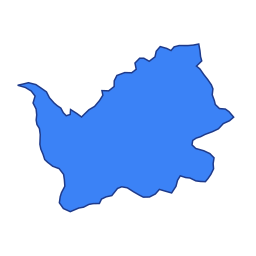 the district of Monte Alegre do Sul, São Paulo, Brazil, rotated 85°
{"feature_id": "56859067B34036073366888", "entity_name": "Monte Alegre do Sul", "entity_type": "district", "adm_level": 2, "iso_a3": "BRA", "parent_name": "Brazil", "parent_adm1": "São Paulo", "projection": "orthographic", "projection_center": [-46.671, -22.708], "detail": "fine", "context": "isolated", "style": "filled", "palette": "blue", "viewbox_px": 256, "rotation_deg": 85, "n_neighbors": 0, "source": "geoboundaries", "source_scale": "gbopen_adm2", "svg_char_len": 1618}
<svg xmlns="http://www.w3.org/2000/svg" viewBox="0 0 256 256"><g transform="rotate(85 128 128)"><path d="M75.8,234.2L78.7,226.7L82.7,221.2L88.1,217.8L94.8,220.4L101.1,217.9L107.0,217.8L112.1,218.8L116.6,218.4L120.8,216.3L126.9,216.0L136.6,217.2L141.3,216.7L146.9,214.9L152.2,213.7L155.2,211.0L159.6,206.3L162.5,200.1L168.6,196.2L173.9,195.9L180.5,196.0L186.6,199.9L190.5,201.5L196.5,202.9L202.6,199.4L206.3,192.8L203.4,183.9L203.0,179.2L200.7,173.6L200.3,169.4L200.7,163.1L196.5,160.6L194.7,155.9L193.9,150.0L187.3,143.7L186.0,139.4L187.5,133.9L192.2,127.8L195.8,122.6L198.2,118.8L198.6,112.6L196.1,106.5L191.9,102.1L194.5,95.5L196.5,90.2L190.3,85.3L184.4,83.2L180.2,80.1L182.4,74.8L183.2,70.7L186.6,65.0L187.6,60.4L188.2,55.6L185.4,52.8L181.4,49.5L176.1,46.3L171.0,46.3L165.2,44.9L160.7,48.6L157.3,54.4L154.3,62.3L150.4,65.7L146.0,64.6L144.0,60.9L143.0,56.5L141.1,51.8L139.0,44.2L136.7,38.0L131.9,32.7L129.6,26.2L126.4,21.8L120.5,26.0L117.6,29.4L116.6,35.2L112.2,39.0L108.3,39.6L102.3,41.2L96.4,40.0L92.3,41.2L86.8,44.3L81.3,47.9L75.5,51.2L72.3,54.4L67.6,48.7L63.3,49.5L57.2,49.6L50.5,50.2L51.1,55.8L51.1,61.3L50.3,69.8L51.2,75.0L54.6,78.4L52.1,82.5L49.7,88.8L54.0,93.2L59.5,94.9L63.4,101.1L59.9,106.1L59.5,110.3L63.9,115.4L70.2,114.7L73.3,119.5L72.5,126.4L74.7,134.5L79.8,137.6L85.5,138.2L89.3,144.0L88.5,150.7L93.2,150.2L98.2,154.0L103.6,159.4L106.4,165.3L110.3,170.1L113.0,173.3L109.1,177.7L104.6,183.6L109.5,184.4L110.4,188.5L107.2,191.1L102.3,193.2L99.6,196.6L96.7,199.4L91.1,203.6L84.9,206.1L80.6,211.2L76.7,216.0L74.2,223.2L75.1,229.0L75.8,234.2Z" fill="#3b82f6" stroke="#1e3a8a" stroke-width="1.5"/></g></svg>